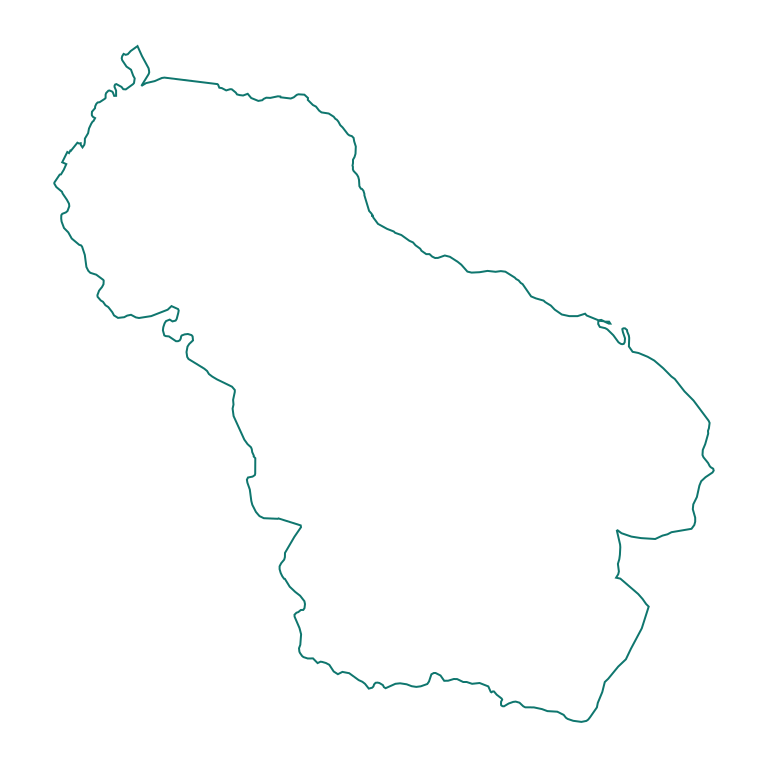 the district of Comandau, Covasna, Romania
{"feature_id": "2599482B75444527653757", "entity_name": "Comandau", "entity_type": "district", "adm_level": 2, "iso_a3": "ROU", "parent_name": "Romania", "parent_adm1": "Covasna", "projection": "albers", "projection_center": [26.312, 45.738], "detail": "fine", "context": "isolated", "style": "outline", "palette": "teal", "viewbox_px": 768, "rotation_deg": 0, "n_neighbors": 0, "source": "geoboundaries", "source_scale": "gbopen_adm2", "svg_char_len": 5998}
<svg xmlns="http://www.w3.org/2000/svg" viewBox="0 0 768 768"><path d="M713.2,468.7L710.7,467.2L709.6,465.9L708.1,463.0L703.5,457.3L702.5,455.0L702.8,449.9L705.2,444.2L708.2,433.6L708.0,430.9L708.9,428.3L709.6,422.9L708.6,420.7L693.5,400.5L684.5,391.4L674.8,379.0L671.4,376.5L663.3,368.3L654.2,360.5L647.7,356.8L638.5,353.0L632.6,351.8L628.9,346.5L629.2,337.9L628.8,335.5L627.2,331.6L627.0,330.0L625.0,328.3L623.3,328.3L622.3,329.1L622.9,332.1L625.0,338.3L624.7,342.2L623.7,343.9L622.1,344.2L620.7,343.8L618.5,342.3L613.3,335.2L607.4,329.4L605.3,328.2L599.8,326.9L598.2,324.0L598.3,321.4L599.2,320.8L603.6,321.2L608.8,323.6L610.3,323.6L609.1,321.7L605.0,321.7L601.2,319.9L598.5,320.3L586.7,315.5L585.1,313.7L577.6,316.1L569.2,316.1L561.8,314.5L554.7,309.6L550.9,305.6L545.3,302.2L543.6,300.6L535.9,298.4L531.1,296.4L522.6,284.1L520.8,283.0L518.6,280.4L516.1,279.0L514.8,277.6L505.4,271.7L500.8,271.1L495.6,271.8L487.5,270.9L479.7,272.2L471.6,272.6L467.4,271.6L461.4,264.8L457.8,261.9L449.9,256.8L444.8,255.5L438.0,257.9L435.1,258.0L432.2,256.6L429.5,254.1L426.2,254.1L421.5,250.8L420.2,248.7L415.5,245.3L413.0,242.4L409.4,240.8L401.3,235.0L395.1,232.8L393.8,231.5L387.1,228.9L378.0,223.9L373.2,217.4L372.9,215.7L372.0,215.8L372.0,214.4L371.4,213.5L369.1,210.9L364.4,195.3L364.4,193.9L363.4,190.7L361.9,188.9L360.9,188.7L359.4,186.2L359.0,179.8L358.2,176.8L356.8,174.4L353.6,171.0L352.9,169.4L352.9,166.7L352.5,165.7L353.0,163.1L353.0,159.7L354.5,157.1L355.5,153.8L355.8,146.5L354.2,141.4L353.6,137.9L351.8,136.1L349.4,135.4L347.8,134.2L342.6,127.4L340.3,125.2L338.3,121.5L336.7,119.6L335.4,118.9L333.7,116.7L328.7,113.5L321.5,112.4L319.1,110.6L316.0,106.6L312.9,105.0L307.8,99.9L308.0,98.0L304.4,94.7L298.4,94.3L296.7,94.9L293.8,97.3L290.8,98.5L280.6,97.3L280.4,96.5L277.9,96.3L270.3,97.9L266.3,97.7L263.7,98.9L262.3,100.2L258.3,100.9L251.2,98.0L247.7,93.8L243.1,95.5L239.7,95.1L237.0,94.4L235.8,92.6L231.8,89.3L230.2,89.2L226.2,90.4L221.8,88.1L219.3,87.7L218.1,84.7L217.4,84.1L164.4,77.6L161.8,78.0L154.7,81.1L146.1,83.1L142.1,85.5L141.8,85.2L148.6,74.2L149.2,72.4L149.1,71.1L148.6,68.3L142.0,56.1L137.5,46.1L130.7,51.0L127.8,54.2L125.7,54.8L123.6,53.9L122.2,56.2L121.7,58.2L122.2,60.2L126.5,66.6L131.0,69.7L133.2,75.7L134.7,78.4L134.0,83.0L133.1,84.1L125.8,89.4L123.3,89.2L121.5,86.9L116.4,84.1L115.2,84.5L114.6,85.5L114.5,86.9L116.1,90.6L116.1,95.8L114.2,95.9L112.8,92.3L112.0,91.5L109.5,90.5L108.4,90.7L106.1,93.1L105.6,94.7L105.6,97.9L104.8,98.8L99.6,102.2L97.6,102.5L96.3,103.9L95.2,106.3L95.0,108.2L92.0,111.7L91.8,113.9L91.9,115.4L92.9,116.8L95.1,118.1L93.5,121.0L92.6,121.6L91.3,123.6L89.0,128.5L88.1,133.2L84.9,138.6L84.8,142.3L84.3,144.8L82.5,147.4L80.8,144.9L80.7,143.2L79.0,143.5L77.4,142.7L70.9,150.8L70.4,150.5L69.0,153.1L67.3,152.0L62.2,162.3L66.3,164.1L63.8,169.7L61.0,174.4L59.7,174.6L54.4,182.5L54.3,183.6L56.3,187.0L62.0,191.8L62.6,193.5L66.9,199.8L69.0,203.7L69.3,206.2L67.5,211.0L65.9,212.4L62.3,213.8L61.3,215.2L61.2,218.6L61.6,221.6L64.0,228.0L68.3,232.4L71.7,238.5L79.2,244.8L81.1,245.4L82.1,246.7L84.8,254.9L86.4,267.0L88.3,270.8L90.3,272.8L96.3,274.7L103.3,279.9L103.7,280.7L103.5,284.2L102.1,286.9L99.1,290.6L97.4,295.2L97.6,296.8L100.8,300.5L103.0,301.8L105.4,305.2L108.3,307.1L112.3,312.2L114.0,315.4L118.0,317.9L124.2,317.2L127.2,315.6L131.0,314.8L135.9,317.4L139.0,318.0L151.2,316.1L167.7,309.7L171.5,306.1L178.1,309.1L178.7,310.6L178.2,313.2L176.7,318.9L175.6,320.6L172.5,321.4L169.7,319.6L166.0,321.1L164.6,323.3L163.3,327.2L162.9,330.3L164.3,335.4L165.7,336.1L168.9,336.4L176.0,341.2L178.0,341.2L179.7,340.4L180.7,338.7L181.1,336.5L181.7,335.5L184.6,334.4L187.9,334.0L191.5,335.1L192.6,336.4L193.0,340.4L189.2,344.0L187.5,346.6L186.5,352.1L187.2,356.9L188.5,359.0L204.3,368.7L207.1,371.0L208.9,374.0L212.3,376.6L217.0,379.4L232.0,386.7L234.8,390.0L234.8,391.9L233.1,399.9L233.5,404.6L232.6,408.6L233.6,416.1L244.3,439.6L247.6,444.2L251.0,447.3L251.8,449.3L252.2,452.1L253.8,455.6L253.7,456.5L255.3,458.2L255.2,473.7L254.8,475.1L252.6,476.6L248.0,477.5L246.9,479.7L247.4,482.7L249.8,489.5L251.3,500.9L252.3,504.8L255.9,511.9L258.0,514.4L259.5,516.1L263.8,518.2L277.9,518.8L278.4,518.4L300.7,525.4L301.0,527.2L294.4,536.8L285.0,552.9L284.9,557.1L284.2,559.6L281.2,563.2L279.6,566.3L279.6,569.2L280.7,573.0L282.3,576.3L284.1,578.8L284.9,578.9L289.7,586.7L295.2,591.9L300.1,595.7L304.4,601.2L305.0,604.1L304.5,608.1L303.3,609.9L300.8,610.0L298.3,612.1L296.5,612.7L294.5,614.7L294.6,616.7L299.5,628.1L301.1,634.3L300.3,644.8L299.0,648.3L299.4,651.7L300.0,653.0L302.1,656.0L303.5,657.1L307.8,658.5L313.0,658.4L317.6,663.1L320.5,661.7L322.1,661.9L325.9,663.0L329.3,664.8L333.7,671.5L337.9,674.2L342.4,671.9L349.2,673.2L358.7,680.1L362.4,681.8L365.0,683.8L368.8,688.6L372.2,687.7L373.4,686.5L374.1,684.4L375.6,682.8L377.5,682.6L379.4,683.0L382.9,685.1L383.9,687.1L385.6,688.2L395.4,683.8L400.1,683.3L406.7,684.3L411.7,686.2L416.3,686.9L420.8,686.3L427.3,684.0L429.0,681.5L431.4,674.3L433.8,673.0L435.6,673.0L440.5,675.5L444.2,680.8L448.2,680.7L453.8,679.0L457.2,679.1L463.2,682.0L466.7,682.0L472.1,683.8L479.6,683.0L488.3,686.4L490.7,691.8L491.4,692.3L492.9,691.4L494.0,691.5L496.7,694.7L501.7,698.6L502.2,699.7L501.1,701.6L501.0,703.9L501.2,705.3L502.5,706.2L504.0,706.3L508.7,703.5L513.2,701.9L515.7,701.6L519.5,702.7L523.3,706.3L525.2,707.3L533.9,707.4L542.0,709.1L547.4,711.1L557.3,711.7L563.7,714.9L565.9,717.7L567.6,718.9L573.2,720.8L581.4,721.9L586.4,720.9L588.2,719.6L590.1,717.2L596.9,707.4L597.8,702.9L602.3,692.0L604.8,682.0L608.2,678.8L618.2,666.6L625.9,659.3L630.9,648.8L641.8,628.3L648.7,606.6L646.1,604.0L642.6,599.0L638.2,594.0L620.3,578.6L616.1,577.7L618.2,574.3L618.9,571.5L617.9,563.9L619.3,559.2L619.9,554.9L620.3,547.2L620.1,544.6L616.9,530.7L617.6,530.3L621.5,533.2L631.4,536.6L641.0,538.1L655.2,539.0L662.5,535.6L667.5,534.3L671.5,532.2L691.5,528.8L694.3,525.0L695.2,521.6L695.2,517.7L692.8,509.2L693.3,504.3L696.9,497.0L699.4,485.6L701.2,481.2L705.5,477.2L712.5,472.5L713.7,470.6L713.2,468.7Z" fill="none" stroke="#0f766e" stroke-width="2"/></svg>